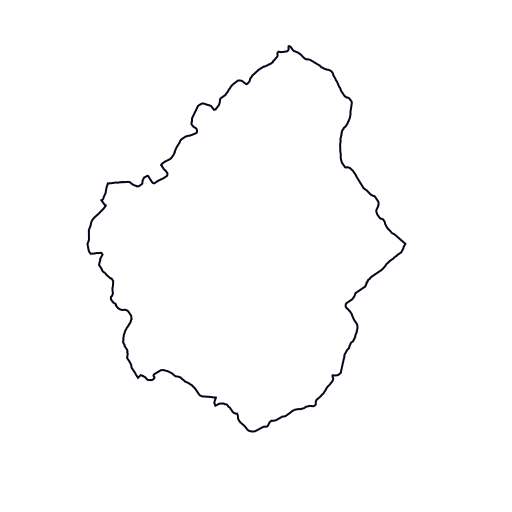 Atenas, Alajuela, Costa Rica (Mercator projection), rotated 146°
{"feature_id": "36466004B19113363200971", "entity_name": "Atenas", "entity_type": "district", "adm_level": 2, "iso_a3": "CRI", "parent_name": "Costa Rica", "parent_adm1": "Alajuela", "projection": "mercator", "projection_center": [-84.397, 9.98], "detail": "fine", "context": "isolated", "style": "outline", "palette": "ink", "viewbox_px": 512, "rotation_deg": 146, "n_neighbors": 0, "source": "geoboundaries", "source_scale": "gbopen_adm2", "svg_char_len": 6136}
<svg xmlns="http://www.w3.org/2000/svg" viewBox="0 0 512 512"><g transform="rotate(146 256 256)"><path d="M353.0,388.7L352.8,382.3L352.3,382.2L352.4,381.7L355.8,380.5L363.1,379.0L368.9,378.2L371.7,377.3L373.3,376.4L376.4,373.5L380.1,370.9L385.5,362.7L389.0,360.2L390.6,356.5L391.7,353.8L392.0,351.8L391.7,350.2L388.1,348.2L386.2,347.5L385.1,346.5L384.0,346.1L382.7,345.3L382.4,344.4L382.4,343.0L386.5,340.9L386.8,340.4L387.3,340.2L387.8,339.2L389.3,338.2L391.1,336.4L391.2,331.2L391.6,330.8L391.6,328.8L390.6,326.0L390.5,324.0L389.2,319.0L388.9,318.5L388.4,318.2L388.4,315.0L391.2,311.4L393.5,309.0L395.6,304.9L397.7,303.4L399.0,303.3L400.5,301.3L400.4,297.4L399.2,294.7L399.2,294.0L399.8,293.4L399.6,290.1L398.9,288.4L398.0,287.0L396.8,285.9L394.4,284.5L393.2,282.7L392.9,281.5L392.9,276.3L394.2,273.9L394.3,273.3L395.9,272.5L396.1,271.9L398.8,270.4L399.5,270.4L400.9,269.4L401.5,269.4L401.9,269.1L403.7,268.5L404.7,267.8L405.3,267.7L409.8,264.4L411.5,262.3L412.3,261.8L412.7,260.6L414.3,259.2L414.3,258.5L414.6,258.0L414.6,256.0L415.3,254.9L415.3,250.3L416.0,248.6L416.6,248.3L417.0,246.6L418.0,245.8L418.7,244.7L419.9,243.7L419.9,239.1L420.2,237.8L420.2,235.9L421.6,233.0L421.6,226.4L421.9,225.2L421.9,221.0L418.2,221.7L417.1,220.4L417.1,220.0L416.7,219.8L416.2,218.3L415.8,217.9L415.2,214.2L414.6,213.3L412.5,212.0L412.3,211.6L411.6,211.3L409.5,211.3L408.5,211.7L408.0,212.3L408.0,213.9L407.3,214.7L406.5,214.9L398.7,214.5L396.5,213.2L393.2,209.3L392.6,208.0L391.4,206.0L390.1,201.4L387.9,199.4L386.5,197.6L386.3,196.1L386.0,195.8L385.8,194.6L385.1,192.3L385.0,191.5L383.4,189.1L382.8,188.0L382.5,186.9L381.3,184.5L381.3,183.3L380.9,182.1L380.6,179.7L380.6,172.9L380.4,171.7L379.2,169.9L378.5,169.2L373.5,165.4L370.4,162.6L368.4,161.1L368.8,160.6L369.9,160.1L370.1,159.7L372.0,158.4L372.8,157.2L373.4,154.6L368.6,154.0L367.7,153.2L365.7,152.2L364.7,150.5L364.2,150.3L363.3,149.2L363.1,148.2L363.1,146.6L362.5,144.9L362.5,139.7L362.0,138.1L361.2,136.9L359.8,135.9L360.3,133.8L362.0,130.7L362.1,127.2L360.5,121.2L360.2,116.4L359.5,114.9L357.5,112.7L354.8,111.2L345.5,110.3L342.4,108.5L340.7,108.7L340.2,109.2L337.5,110.6L335.2,110.8L334.4,110.0L331.5,108.7L323.8,108.1L323.0,107.5L321.1,106.8L315.0,106.9L313.4,107.2L310.0,106.9L307.1,105.7L304.2,103.9L303.0,103.6L301.4,103.0L298.7,103.0L295.0,101.5L292.4,99.3L290.3,99.1L289.3,99.7L287.8,101.9L286.3,102.9L282.1,103.3L278.3,104.2L277.0,104.3L275.2,105.2L274.0,105.6L270.9,107.2L268.9,107.8L267.3,108.0L262.5,109.5L260.5,111.2L260.0,113.1L259.4,114.2L258.8,114.1L257.9,113.1L254.8,111.4L251.3,111.6L240.0,122.3L239.5,122.5L238.4,124.1L237.5,124.8L233.0,127.1L230.2,127.7L229.5,128.6L227.1,130.0L226.4,130.7L225.2,131.0L223.3,131.0L222.7,131.2L222.4,131.7L221.2,132.0L220.6,132.7L218.9,133.4L218.7,133.9L217.4,135.1L215.1,136.5L214.9,137.0L212.5,139.1L211.1,141.1L211.0,141.7L210.4,142.8L210.4,148.1L209.7,152.5L209.1,154.2L209.1,158.2L209.4,158.7L209.5,160.6L210.0,161.8L210.0,163.8L209.0,165.3L208.1,166.1L207.6,166.3L200.3,166.3L196.8,167.7L194.2,169.6L182.3,169.6L181.4,170.5L180.7,170.6L180.4,171.1L179.3,171.6L179.1,172.2L177.5,172.5L177.2,173.0L176.2,173.5L174.3,173.5L172.6,174.2L159.4,174.2L155.1,175.2L152.2,176.4L150.3,176.5L149.7,176.8L148.4,176.8L147.9,177.1L143.3,177.1L142.1,177.5L139.5,177.5L138.2,177.8L133.6,177.8L129.7,179.8L128.2,181.2L126.5,181.9L125.7,182.7L125.4,182.7L129.1,196.6L130.5,199.0L130.8,202.1L131.1,203.3L131.2,204.5L131.4,204.7L131.4,207.3L131.0,210.5L130.3,211.8L130.1,215.0L131.0,216.6L131.8,217.2L132.2,219.2L132.2,223.0L131.4,225.6L130.5,226.8L127.3,228.7L126.3,229.7L125.9,229.7L124.6,231.6L124.2,232.6L124.2,238.9L124.5,239.6L125.2,240.3L126.5,242.7L127.6,248.7L128.9,251.9L128.3,265.8L128.0,267.0L128.0,272.3L129.0,276.6L130.6,278.6L131.3,278.6L132.5,279.6L132.6,285.4L131.2,289.5L128.8,293.0L127.8,295.3L123.7,301.7L121.8,303.6L121.3,304.7L120.1,306.3L119.1,307.0L118.3,308.0L117.7,308.2L117.1,309.3L116.5,309.6L115.8,310.6L114.6,311.6L113.5,312.2L112.8,312.2L111.4,313.1L109.4,313.3L107.0,314.2L104.8,315.4L104.5,315.9L103.8,316.0L100.3,318.6L98.2,320.9L97.2,322.6L91.3,328.9L90.4,330.5L90.5,334.4L91.8,336.6L92.3,336.8L92.4,337.4L92.7,337.8L92.7,338.4L93.1,338.8L93.1,345.3L92.4,347.9L92.4,349.9L91.4,355.0L91.4,357.6L91.1,358.2L90.8,362.6L90.1,364.4L90.2,367.0L91.6,369.6L93.4,371.3L95.4,374.3L95.8,375.5L96.4,376.2L96.7,378.5L97.0,378.8L101.4,388.3L102.5,389.5L103.4,390.4L103.8,390.4L104.8,391.5L105.6,394.1L106.1,397.3L106.5,398.9L107.1,399.9L107.2,400.7L109.9,404.8L110.3,406.3L110.3,410.1L111.2,411.5L111.6,411.7L112.2,411.1L113.3,409.2L114.2,408.5L115.8,408.3L121.0,410.8L123.0,412.7L123.8,412.7L125.1,411.9L125.9,410.2L126.4,409.7L127.8,409.1L129.4,408.8L130.6,408.3L133.0,407.9L133.5,407.3L137.2,407.2L137.8,407.6L139.9,407.7L143.2,408.3L143.7,408.7L149.5,408.9L158.4,407.6L159.8,406.8L161.3,406.5L163.7,404.4L166.9,403.6L167.7,403.7L168.2,404.4L169.6,408.6L170.2,409.6L171.7,410.9L172.8,411.5L179.0,411.2L181.8,410.6L184.3,409.4L185.1,409.3L187.7,407.9L190.6,407.0L191.1,406.6L197.3,406.5L198.5,405.6L199.8,404.0L202.1,402.0L207.6,400.1L209.0,400.6L209.4,405.5L210.0,406.2L210.2,406.9L211.3,407.9L214.2,411.8L215.9,412.7L219.6,412.9L220.4,412.7L232.2,405.8L233.4,403.9L233.8,403.7L233.9,403.3L235.3,402.2L235.8,401.1L235.6,398.2L234.3,395.4L234.3,394.2L234.7,393.1L236.0,391.4L237.2,391.4L241.7,392.3L243.9,392.9L245.0,393.7L246.6,393.9L247.3,394.4L252.7,394.4L254.2,393.9L254.8,393.6L255.2,393.1L260.9,390.6L264.7,388.2L265.1,387.6L265.5,387.6L266.0,387.0L267.5,386.1L271.7,384.5L274.2,384.5L278.2,385.1L282.0,385.1L283.4,384.7L283.4,384.2L283.8,384.2L283.8,379.2L283.2,377.0L283.2,374.1L283.8,373.1L285.0,372.2L289.2,372.2L295.3,373.1L299.5,373.1L300.2,373.5L300.7,374.3L300.9,375.5L300.7,382.6L301.2,383.2L304.9,383.6L307.9,381.9L309.6,379.8L310.2,379.4L314.4,379.4L315.9,380.4L315.9,380.8L317.4,382.7L318.6,385.2L319.3,387.8L320.6,389.0L324.3,391.1L324.4,391.4L325.0,391.8L325.4,391.8L325.6,392.2L326.7,392.5L326.9,392.9L329.5,394.0L331.3,395.4L335.8,397.5L336.5,398.1L337.6,398.4L338.2,399.0L341.8,396.2L345.5,392.3L349.0,390.2L350.7,388.8L351.5,388.5L353.0,388.7Z" fill="none" stroke="#020617" stroke-width="2"/></g></svg>